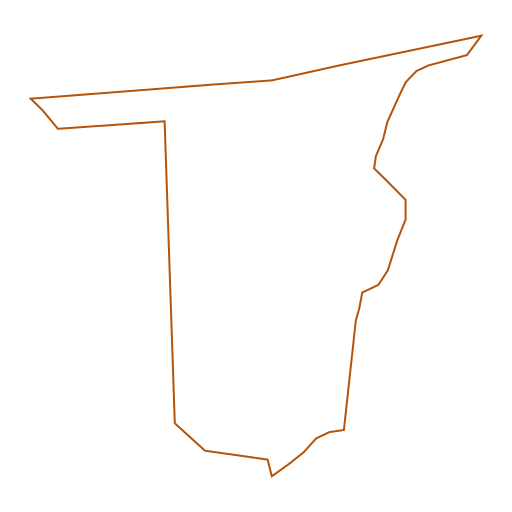 the district of Vista Serrana, Paraíba, Brazil
{"feature_id": "56859067B19938607115103", "entity_name": "Vista Serrana", "entity_type": "district", "adm_level": 2, "iso_a3": "BRA", "parent_name": "Brazil", "parent_adm1": "Paraíba", "projection": "natural_earth1", "projection_center": [-37.563, -6.761], "detail": "fine", "context": "isolated", "style": "outline", "palette": "amber", "viewbox_px": 512, "rotation_deg": 0, "n_neighbors": 0, "source": "geoboundaries", "source_scale": "gbopen_adm2", "svg_char_len": 546}
<svg xmlns="http://www.w3.org/2000/svg" viewBox="0 0 512 512"><path d="M271.8,476.3L290.1,463.1L303.8,452.1L316.3,438.3L329.5,432.1L343.9,430.0L355.8,320.7L359.2,308.6L362.3,292.5L378.3,284.9L387.8,270.4L397.3,240.3L405.6,219.5L405.6,199.9L387.3,181.3L374.1,168.4L375.9,156.0L383.1,139.3L387.3,122.1L399.8,94.4L405.9,82.0L416.5,71.0L428.8,65.3L466.9,55.1L481.3,35.7L339.8,65.3L271.8,80.4L211.0,84.7L30.7,98.7L42.6,110.3L57.9,128.8L164.6,121.3L174.8,423.3L205.0,450.7L267.6,459.6L271.8,476.3Z" fill="none" stroke="#b45309" stroke-width="2"/></svg>